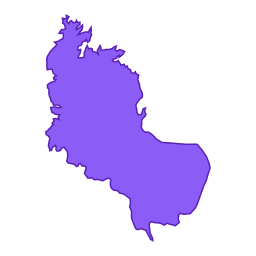 the district of Maquiné, Rio Grande do Sul, Brazil
{"feature_id": "56859067B70278380109864", "entity_name": "Maquiné", "entity_type": "district", "adm_level": 2, "iso_a3": "BRA", "parent_name": "Brazil", "parent_adm1": "Rio Grande do Sul", "projection": "natural_earth1", "projection_center": [-50.244, -29.624], "detail": "fine", "context": "isolated", "style": "filled", "palette": "violet", "viewbox_px": 256, "rotation_deg": 0, "n_neighbors": 0, "source": "geoboundaries", "source_scale": "gbopen_adm2", "svg_char_len": 3430}
<svg xmlns="http://www.w3.org/2000/svg" viewBox="0 0 256 256"><path d="M197.0,144.2L186.3,144.3L165.0,142.6L162.3,142.6L155.9,138.8L154.6,136.9L152.9,135.4L150.6,133.4L148.6,132.2L144.9,132.1L143.3,130.8L141.9,128.8L141.2,126.7L141.7,124.4L141.7,120.2L142.6,118.6L144.8,116.6L146.0,114.5L144.8,112.0L144.9,109.7L145.5,108.0L143.1,108.9L141.5,114.4L138.4,114.9L136.9,112.3L136.7,108.7L136.0,106.8L136.0,104.8L136.8,103.0L140.2,98.7L142.1,97.5L142.5,95.6L142.3,93.5L140.7,89.7L140.0,88.0L139.2,83.4L137.7,79.6L138.7,75.0L136.1,73.9L135.4,71.7L133.6,73.4L131.2,72.6L130.9,70.7L130.0,69.3L128.3,69.0L127.1,66.0L125.1,66.9L124.2,64.3L121.0,65.1L118.2,60.4L116.0,62.0L112.3,60.9L113.2,59.3L116.6,58.2L117.1,56.6L119.3,55.3L119.2,57.3L122.9,54.4L124.6,51.5L122.1,50.3L119.4,49.6L116.8,51.2L115.2,49.9L116.3,46.1L114.5,46.6L112.0,48.6L108.7,49.6L105.8,49.4L104.1,50.2L100.8,50.1L100.9,47.4L100.1,45.5L97.3,50.7L98.1,54.0L96.7,52.8L92.4,51.0L92.1,48.7L90.4,48.3L88.6,48.9L87.2,45.6L85.8,48.1L85.3,50.2L84.1,53.2L84.2,56.2L83.3,57.6L78.3,57.9L78.4,56.1L79.8,53.9L80.6,51.4L80.6,49.4L77.9,50.2L77.7,47.5L79.1,45.6L80.6,45.6L81.7,44.5L82.2,42.0L85.5,41.0L86.0,39.4L87.7,42.4L89.8,40.6L90.3,37.6L91.6,34.6L90.8,33.1L91.3,30.6L91.0,27.4L89.3,30.2L88.6,32.2L85.8,31.9L81.9,33.1L78.0,34.8L80.3,31.6L81.9,29.8L82.6,26.9L82.5,25.0L80.5,26.9L76.4,29.7L76.3,27.9L78.5,25.4L79.9,24.6L80.0,22.3L77.4,22.4L76.4,20.4L75.7,22.1L74.1,22.8L72.7,22.2L71.3,20.6L69.6,21.6L68.8,23.7L66.6,21.2L68.9,16.6L66.2,15.4L66.6,17.7L65.2,18.8L62.3,18.3L63.1,21.2L62.5,22.9L64.4,24.4L65.7,28.7L63.1,29.7L61.6,29.6L60.4,30.9L59.1,33.3L60.6,33.5L62.8,33.2L63.5,34.6L63.0,38.5L60.1,40.0L58.4,41.2L54.5,42.2L56.9,44.3L56.0,45.8L53.6,48.0L50.6,51.1L47.4,56.4L46.7,58.9L46.9,62.1L46.9,68.1L47.3,69.8L49.9,69.2L52.2,69.4L52.8,72.2L53.7,73.7L56.4,76.0L54.8,76.6L53.5,77.5L53.9,79.3L56.1,79.7L54.9,81.0L53.0,81.8L50.6,82.5L47.5,84.7L47.5,87.8L49.0,89.5L48.9,93.5L49.4,96.2L50.6,98.8L51.0,101.1L53.0,103.1L53.5,105.2L57.0,104.8L58.8,105.4L61.2,107.0L58.8,107.8L55.0,106.8L50.7,107.6L51.2,109.8L51.9,112.3L55.8,114.4L59.9,114.8L58.1,117.2L59.1,119.6L55.4,118.5L53.3,118.9L54.0,120.9L52.1,123.5L53.5,124.7L51.8,125.8L50.5,127.9L49.3,128.6L48.4,130.1L45.9,131.6L46.1,134.5L48.3,135.9L50.0,138.4L49.3,140.5L48.7,143.7L48.4,146.2L49.3,147.9L49.8,150.7L51.5,150.3L52.3,147.6L55.4,145.4L56.2,147.3L55.9,149.4L56.7,150.9L58.6,151.1L60.4,150.4L62.3,147.7L64.0,147.1L65.3,149.0L67.4,151.8L67.7,154.8L67.4,158.5L66.7,161.0L67.9,162.9L74.2,164.3L76.6,166.5L78.2,165.9L78.6,164.0L80.6,163.8L81.9,165.9L85.6,166.4L86.1,169.3L85.1,171.0L84.5,173.6L87.9,178.1L92.0,178.0L94.3,179.7L98.2,179.5L102.8,180.8L107.8,178.2L109.8,178.6L110.8,180.1L110.3,183.2L110.7,186.7L112.2,189.1L114.2,190.3L117.3,190.6L119.7,193.1L123.7,194.0L130.1,198.7L130.5,203.2L129.6,207.0L130.6,208.8L131.7,212.3L131.4,214.6L131.6,217.7L132.0,219.4L133.6,223.7L134.3,225.3L135.7,228.6L137.5,229.7L139.2,229.2L141.0,228.6L145.8,230.3L150.6,239.4L152.8,240.6L152.5,238.2L150.0,232.6L149.6,228.2L149.2,224.6L149.8,222.7L151.9,221.6L153.9,222.5L160.0,223.1L164.5,225.1L165.9,224.0L167.4,223.1L169.8,224.3L173.3,225.0L175.3,225.8L179.3,222.3L178.3,220.2L178.6,214.9L180.5,213.4L183.6,214.3L190.3,213.6L193.8,209.7L195.5,207.7L197.2,204.2L198.4,200.8L203.7,186.0L206.3,180.4L207.5,176.0L210.1,167.8L209.6,165.9L208.9,162.7L206.3,156.4L201.9,149.9L199.3,146.9L197.0,144.2Z" fill="#8b5cf6" stroke="#5b21b6" stroke-width="1.5"/></svg>